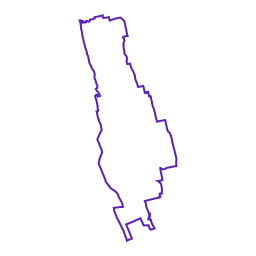 Bogdanesti, Vaslui, Romania
{"feature_id": "2599482B63320103787750", "entity_name": "Bogdanesti", "entity_type": "district", "adm_level": 2, "iso_a3": "ROU", "parent_name": "Romania", "parent_adm1": "Vaslui", "projection": "orthographic", "projection_center": [27.722, 46.427], "detail": "fine", "context": "isolated", "style": "outline", "palette": "violet", "viewbox_px": 256, "rotation_deg": 0, "n_neighbors": 0, "source": "geoboundaries", "source_scale": "gbopen_adm2", "svg_char_len": 5638}
<svg xmlns="http://www.w3.org/2000/svg" viewBox="0 0 256 256"><path d="M127.0,240.6L128.5,240.0L128.7,239.8L129.0,239.6L130.9,239.0L131.9,238.6L128.4,229.8L126.1,224.4L129.3,223.2L133.3,221.5L137.0,219.8L139.4,218.8L140.5,218.3L141.4,220.5L141.8,221.4L142.1,221.9L142.7,223.2L142.8,223.8L143.2,224.4L143.2,224.7L143.5,225.4L145.7,225.4L148.6,225.3L148.7,226.4L148.8,226.8L149.0,227.2L149.5,228.2L150.6,229.7L154.6,228.4L154.1,227.5L153.8,227.0L153.2,226.0L153.0,225.5L152.1,223.8L151.5,222.7L151.4,222.0L151.1,221.3L151.1,220.5L150.9,220.4L150.9,220.1L150.6,220.0L150.4,219.4L150.1,219.1L149.7,219.3L148.4,219.3L148.2,219.3L148.2,219.2L148.4,218.6L148.8,218.4L148.8,218.0L148.9,217.9L149.4,217.4L149.6,217.1L149.3,216.7L149.3,216.3L149.2,216.2L150.0,215.8L149.2,214.3L150.0,214.0L149.9,213.6L149.0,213.7L147.9,210.6L147.5,210.0L146.1,206.1L146.0,205.8L146.1,204.3L146.0,203.7L145.2,202.2L145.0,201.8L144.8,201.0L154.8,198.5L159.2,197.6L159.1,197.1L160.3,196.8L160.2,196.7L160.0,196.1L159.7,194.5L159.8,193.6L160.1,193.4L161.0,193.4L161.8,193.6L161.8,193.2L161.9,190.8L162.0,189.7L162.0,189.0L161.6,186.7L161.4,185.7L161.2,184.7L160.8,183.7L160.4,183.0L159.8,182.6L159.2,182.0L158.1,181.2L157.9,181.1L158.5,181.0L162.4,180.1L161.8,176.6L160.6,170.8L160.3,168.5L160.3,168.0L160.5,168.0L162.7,169.4L163.3,169.4L165.0,168.9L165.8,168.4L166.3,168.3L167.1,167.7L167.8,167.5L168.7,167.5L170.6,167.1L171.5,167.0L172.9,166.6L176.3,166.1L176.2,164.3L176.2,162.3L176.4,159.6L176.3,158.2L175.8,155.9L174.5,150.6L174.4,149.8L173.7,147.8L173.3,145.6L173.1,145.3L172.8,143.7L172.3,142.4L172.1,141.5L172.1,141.3L172.2,140.8L172.1,140.1L171.7,139.0L171.4,137.4L171.0,136.3L170.5,134.5L169.7,132.9L169.5,132.7L168.9,132.3L168.3,131.7L167.7,130.7L166.9,128.0L166.6,126.5L166.1,124.5L165.5,121.3L165.5,120.9L165.2,120.1L163.0,120.4L158.5,121.3L157.1,121.7L157.0,121.1L156.2,118.8L155.3,115.1L155.1,114.1L155.0,112.6L154.2,110.7L154.1,110.1L153.7,108.5L152.8,106.3L152.4,104.9L152.3,104.0L152.0,103.1L151.9,101.7L151.1,98.9L150.9,97.2L150.6,96.2L149.2,96.5L148.5,93.8L148.3,92.4L148.2,91.9L147.1,92.2L147.1,92.4L146.9,92.5L146.8,92.8L146.6,92.9L146.5,92.6L146.2,92.6L145.9,92.7L146.1,92.3L146.1,92.2L144.9,92.4L144.6,92.4L144.6,92.2L144.5,91.3L144.2,89.9L143.5,87.0L143.2,86.0L138.1,87.0L138.0,86.9L137.8,86.0L136.9,83.0L135.9,80.8L135.6,79.8L135.3,79.2L135.1,78.7L135.1,78.2L135.1,77.8L135.1,76.5L135.0,76.0L134.7,75.7L134.6,74.9L134.0,73.3L133.9,73.1L133.3,71.6L132.5,70.1L132.2,69.7L131.5,68.3L131.2,67.4L131.0,66.7L130.4,65.0L129.9,63.5L128.0,64.0L127.3,64.0L126.8,62.5L126.7,61.4L126.6,60.8L126.8,60.0L127.0,59.2L126.7,56.8L126.4,56.2L125.9,55.6L125.5,54.8L125.0,54.6L124.6,54.0L124.5,53.8L124.4,52.7L124.4,51.7L124.2,50.4L124.0,49.9L124.0,49.3L123.5,47.7L123.6,47.3L123.5,46.8L123.8,45.9L123.8,45.7L123.7,45.4L123.3,44.9L123.3,44.5L123.6,43.4L123.6,43.1L124.1,41.3L124.4,40.5L124.5,39.9L124.4,39.6L124.2,39.1L123.1,37.6L123.0,37.1L123.1,36.9L123.3,36.8L127.6,35.9L127.3,35.1L127.0,34.0L126.8,32.7L126.4,31.1L126.1,28.9L125.6,27.5L125.5,27.1L125.4,26.5L125.3,25.4L125.0,23.6L124.7,22.4L124.6,21.9L124.1,21.0L123.6,20.5L122.8,19.5L121.2,18.3L120.4,17.5L114.7,18.8L111.0,20.1L109.7,20.6L109.5,19.4L108.9,17.6L108.9,17.2L105.3,17.8L103.2,17.9L103.0,17.7L102.8,16.8L102.7,16.5L102.6,16.2L102.7,15.4L100.1,16.1L94.6,17.2L94.6,17.9L94.6,18.6L93.2,19.1L90.2,19.5L90.0,20.3L89.8,20.3L89.7,20.8L89.4,21.3L88.6,21.7L87.5,21.1L87.1,21.0L86.2,21.0L85.9,21.1L85.8,21.4L86.0,22.3L85.3,22.4L82.2,22.7L82.1,21.9L82.5,21.9L82.5,21.4L83.0,21.3L82.8,20.9L81.4,21.2L81.2,21.0L80.8,21.1L80.5,20.8L80.4,20.5L80.7,20.4L80.4,20.3L79.6,20.5L79.8,20.9L80.1,21.6L80.5,23.2L80.7,24.8L80.8,25.0L81.0,25.9L81.1,27.4L81.1,28.5L81.2,29.4L81.4,30.0L81.7,30.8L82.0,32.5L82.2,34.8L82.5,35.8L82.8,37.4L83.2,38.9L83.9,42.4L84.4,43.9L85.0,46.4L85.7,48.8L86.0,50.0L86.3,50.8L86.7,51.4L86.8,52.1L87.0,52.7L87.0,53.7L87.1,54.3L87.5,54.9L87.7,55.5L87.9,55.8L88.2,56.6L88.5,58.2L89.3,62.7L90.4,64.7L90.6,65.0L90.9,65.6L91.1,66.6L92.1,68.6L93.9,71.2L94.3,72.7L94.8,74.0L94.7,74.7L94.4,75.9L94.5,76.4L94.4,77.7L94.9,78.9L95.2,79.5L96.2,82.7L96.4,83.8L96.9,84.7L97.5,86.1L97.5,86.4L97.3,87.0L97.2,87.8L97.1,88.0L96.0,88.8L95.8,89.1L97.3,91.2L98.4,92.5L98.8,93.1L98.9,93.7L99.4,94.7L99.9,95.4L100.1,95.9L99.4,96.1L98.2,96.4L97.8,96.6L97.2,95.3L97.1,94.8L96.9,94.6L96.1,94.9L95.1,96.0L95.4,97.4L95.5,97.6L95.9,99.1L96.4,100.3L96.5,101.3L96.9,102.3L97.1,103.7L97.6,105.9L97.7,106.2L97.5,106.6L97.7,108.4L98.3,110.3L98.0,110.8L97.7,110.9L97.6,111.4L96.7,111.4L97.0,112.2L97.0,113.2L97.1,113.7L97.9,117.3L98.6,119.4L98.9,119.9L99.1,121.0L99.5,121.8L100.2,123.8L100.7,124.4L100.9,125.1L101.1,126.4L101.0,126.7L101.1,127.6L101.6,129.3L101.6,129.7L101.5,130.6L100.5,132.0L100.0,133.3L99.5,134.3L98.6,136.7L97.8,138.1L97.3,139.6L97.7,140.3L98.1,141.4L99.1,143.2L99.2,143.4L99.2,144.0L99.2,144.3L99.3,144.6L100.1,146.1L100.6,147.6L100.9,148.0L101.6,150.0L101.8,150.3L101.8,150.9L101.9,151.8L102.1,152.5L101.5,153.9L100.9,155.4L99.5,159.3L99.3,160.0L99.3,161.0L99.0,161.9L98.8,162.8L98.7,163.3L98.8,163.9L98.9,164.4L100.5,167.9L100.8,168.7L101.3,169.9L103.5,175.4L104.0,176.3L104.1,176.8L105.2,179.3L105.3,179.8L105.3,180.2L105.9,181.9L110.9,188.4L112.0,189.1L115.0,191.1L115.4,191.6L115.6,191.7L116.3,192.3L117.2,193.5L117.7,194.0L119.0,197.4L120.4,199.9L122.0,202.9L122.9,206.5L123.0,206.8L121.9,207.0L119.0,207.2L113.8,207.9L114.1,210.3L114.4,211.2L117.0,218.1L117.9,219.5L119.6,222.8L122.5,229.0L122.9,229.7L123.2,230.0L123.6,230.7L123.8,231.7L124.7,234.3L125.1,235.2L125.5,236.8L125.9,237.0L126.2,237.8L126.5,239.2L126.7,239.5L127.0,240.5L127.0,240.6Z" fill="none" stroke="#5b21b6" stroke-width="2"/></svg>